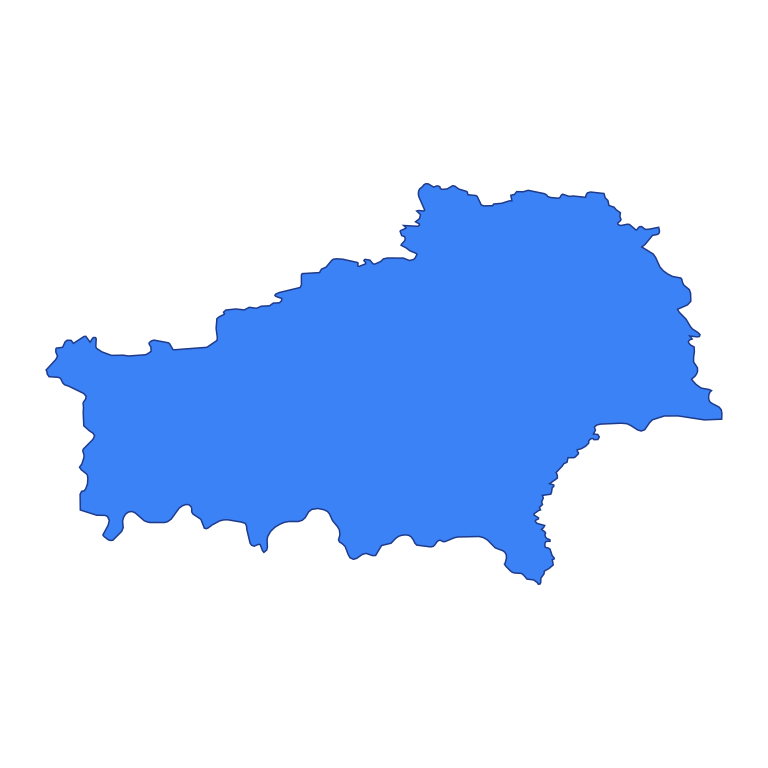 the border of Gomel
{"feature_id": "BLR-2339", "entity_name": "Gomel", "entity_type": "Region", "adm_level": 1, "iso_a3": "BLR", "parent_name": "Belarus", "parent_adm1": "", "projection": "equal_earth", "projection_center": [29.578, 52.294], "detail": "fine", "context": "isolated", "style": "filled", "palette": "blue", "viewbox_px": 768, "rotation_deg": 0, "n_neighbors": 0, "source": "natural_earth", "source_scale": "10m", "svg_char_len": 6060}
<svg xmlns="http://www.w3.org/2000/svg" viewBox="0 0 768 768"><path d="M704.4,419.9L678.0,415.9L664.2,416.0L652.4,419.8L649.4,422.9L644.7,429.8L641.2,431.0L637.6,429.9L630.6,425.4L626.9,423.7L621.1,423.2L600.5,424.1L596.8,425.0L594.4,427.0L595.4,430.3L593.4,434.0L597.8,434.5L599.3,437.0L597.9,439.5L594.0,439.7L593.0,438.6L591.3,438.6L588.9,440.5L588.6,443.3L585.5,446.3L581.5,448.6L577.2,449.8L577.5,451.7L578.4,452.5L578.4,453.8L575.0,457.2L573.7,457.7L568.0,457.7L567.0,462.3L563.9,463.6L562.2,466.1L556.1,472.6L557.3,475.2L557.4,478.1L549.6,483.7L553.8,485.0L553.8,486.4L552.2,487.8L551.5,492.4L550.7,494.2L542.4,495.4L543.3,498.0L541.6,502.0L542.5,504.6L539.4,507.3L540.5,509.9L538.5,510.6L534.2,513.7L534.2,515.2L538.5,517.8L538.5,518.9L535.4,520.4L535.4,521.6L537.1,523.4L544.7,525.5L543.6,527.6L541.5,529.4L544.9,531.8L545.6,533.2L544.8,534.7L545.5,537.0L546.8,538.5L550.0,539.8L550.0,541.3L546.2,541.4L545.1,542.8L544.8,545.2L545.4,547.4L548.2,548.0L550.0,549.1L552.2,555.7L554.1,557.9L554.2,558.9L552.3,559.6L553.2,565.0L549.0,568.5L544.4,571.1L544.0,573.9L540.9,578.1L540.7,582.7L540.0,584.0L538.4,584.3L537.2,582.5L533.6,579.9L527.0,579.1L523.6,575.1L521.4,573.4L514.7,573.0L512.3,572.3L510.3,570.8L505.7,566.1L504.5,564.1L504.9,563.9L506.4,558.4L506.3,554.9L504.9,552.3L503.0,550.8L495.3,547.9L487.5,540.0L483.2,537.5L478.9,536.5L457.7,537.0L454.2,537.8L445.1,541.6L443.2,541.7L440.7,540.4L439.2,540.3L437.3,541.4L434.7,545.0L433.2,546.4L430.5,546.9L416.7,545.1L414.8,543.0L413.5,540.1L411.0,536.7L408.4,535.2L405.1,534.9L401.6,535.3L398.6,536.3L395.5,538.5L391.1,543.2L381.6,545.5L375.6,555.5L372.6,555.6L366.0,553.4L362.5,554.3L356.6,558.4L353.4,559.3L350.0,557.7L348.1,554.3L345.1,546.4L342.0,543.5L339.5,542.0L338.5,539.9L339.9,534.9L339.4,529.9L337.6,526.8L332.6,520.7L329.4,513.8L327.5,511.5L323.9,509.7L317.8,508.5L311.8,509.4L308.7,511.8L305.1,517.8L302.2,520.3L298.3,521.5L288.9,521.5L284.5,522.3L279.7,524.3L274.8,527.3L270.6,531.4L267.6,536.7L267.1,539.9L267.4,547.2L266.7,550.0L263.9,552.4L262.4,550.5L260.2,544.5L258.3,544.4L254.1,546.2L251.6,545.2L250.1,543.2L246.9,529.8L246.5,525.9L245.2,523.3L241.3,522.1L227.8,519.8L223.7,519.9L219.7,520.9L212.2,524.9L208.2,527.9L206.3,528.7L204.3,528.1L200.9,519.3L193.0,514.1L191.7,511.9L191.7,508.6L191.1,506.7L188.9,504.7L185.8,504.5L182.4,505.8L179.2,508.1L171.2,519.1L167.5,521.7L164.6,522.5L149.8,522.5L147.1,521.9L144.2,520.7L135.2,512.9L132.0,511.5L128.5,512.0L125.6,514.1L123.6,517.3L122.6,521.1L123.2,527.7L121.6,531.5L112.9,540.2L110.5,540.5L108.3,539.8L103.9,536.4L102.9,534.9L108.1,525.3L109.3,520.5L107.5,516.5L105.1,515.4L96.6,515.2L80.3,510.0L80.1,494.3L81.6,491.3L84.2,490.8L85.8,488.6L87.5,483.7L87.8,478.1L87.4,475.2L86.7,474.1L81.2,469.7L79.5,467.2L81.9,463.9L84.0,457.2L84.0,455.0L82.8,451.0L83.2,449.2L92.2,440.1L93.5,438.4L94.5,435.5L93.1,433.3L89.4,430.8L83.8,425.8L83.2,412.6L83.5,407.6L83.1,403.5L83.5,402.0L85.5,399.3L86.2,396.3L83.6,393.4L68.8,386.2L64.7,384.8L62.9,383.1L60.7,378.7L59.6,377.8L58.0,377.3L49.1,376.7L47.2,374.0L46.9,371.4L46.1,370.0L55.8,359.5L57.5,356.3L55.8,351.9L55.9,348.8L56.5,348.1L62.6,347.3L65.2,341.7L67.3,340.2L71.2,340.4L73.4,343.4L83.8,336.6L85.1,336.3L85.9,336.4L90.1,342.2L92.6,338.1L93.6,337.5L95.5,337.6L96.2,338.7L95.8,346.7L96.6,348.4L102.0,351.9L111.5,355.4L123.4,355.2L128.3,356.0L145.0,354.8L146.9,354.2L151.1,351.4L150.9,347.1L149.0,343.8L149.2,342.7L151.6,340.8L154.0,340.1L168.4,342.8L169.6,343.7L172.9,349.4L174.1,349.8L206.9,347.3L217.0,340.4L217.3,337.6L216.1,328.3L216.9,318.7L219.2,316.8L223.9,314.5L224.4,313.8L223.5,312.2L225.9,310.0L235.8,309.0L244.3,309.9L249.3,307.3L256.5,308.3L261.3,306.2L269.6,305.8L273.2,303.1L279.5,302.8L281.7,300.5L281.7,298.5L275.9,296.4L274.9,295.4L275.6,294.2L279.0,292.6L300.1,287.5L301.4,284.9L301.4,274.9L302.2,273.6L319.5,272.6L321.4,269.2L326.1,267.1L331.6,260.5L333.3,259.2L336.6,258.8L342.8,259.2L357.5,262.5L358.1,263.2L357.7,265.9L359.0,266.4L365.5,263.9L365.7,262.5L363.9,260.7L364.5,259.6L365.4,259.4L369.9,260.1L373.0,263.8L374.8,264.1L380.5,261.6L383.4,258.9L387.4,258.0L403.4,258.1L409.4,260.5L413.5,259.5L415.0,258.2L417.0,254.3L416.1,253.4L409.9,250.8L406.0,247.8L401.1,245.3L401.4,244.3L404.8,240.6L405.2,238.5L404.5,236.6L401.7,235.6L400.1,231.3L400.6,230.6L405.9,228.2L406.0,227.6L403.7,225.5L418.0,226.3L419.3,225.1L419.5,224.0L415.5,221.8L419.5,218.6L420.5,214.7L416.7,211.0L418.7,210.5L423.4,211.0L424.5,210.5L424.6,209.9L418.8,196.6L418.3,193.8L418.7,190.7L419.8,188.7L422.1,187.0L423.9,184.8L425.8,183.7L428.3,183.9L433.7,187.1L436.8,185.9L438.7,186.1L440.0,187.0L440.3,188.5L442.1,189.4L447.2,188.9L452.7,185.7L454.8,186.1L458.7,189.0L466.3,191.3L467.3,192.0L467.9,194.7L475.7,195.5L477.2,196.4L481.3,205.0L483.8,205.9L492.5,205.7L493.7,204.0L501.6,203.3L509.2,200.9L511.9,200.8L510.8,195.3L514.5,194.4L516.7,191.6L523.1,191.8L528.1,190.3L544.2,193.6L546.6,194.9L547.7,196.5L550.7,197.5L558.4,198.2L559.9,197.6L561.4,195.0L562.7,194.2L569.2,196.4L573.1,196.0L585.5,197.3L586.2,194.7L587.4,192.9L590.5,192.0L604.0,193.5L605.2,197.8L607.9,200.5L609.0,205.5L614.1,207.2L616.0,209.6L620.4,212.8L619.9,216.4L621.0,219.5L620.4,220.7L617.8,223.0L617.9,224.1L618.9,225.0L621.0,225.5L627.4,224.2L629.5,224.5L636.0,230.0L636.7,230.0L638.6,227.4L639.9,226.6L641.7,226.6L645.2,229.4L649.0,229.2L658.7,227.3L659.5,231.2L659.1,233.1L657.7,234.4L652.5,235.4L645.1,244.4L641.8,247.0L653.2,254.0L655.7,257.6L659.9,266.9L663.2,270.7L667.7,274.0L672.7,276.5L680.8,278.0L681.9,279.5L682.3,281.9L683.7,285.0L689.3,289.6L690.6,293.3L690.8,301.3L687.5,304.9L677.5,309.3L679.2,312.2L686.0,319.1L690.5,326.7L692.5,329.0L698.0,332.6L700.0,334.6L699.4,336.5L697.4,336.9L689.7,336.0L692.2,339.0L689.6,339.9L688.4,341.4L688.8,343.2L690.7,345.1L694.1,346.9L694.4,351.6L693.6,357.2L693.6,362.0L697.4,367.7L697.6,371.1L696.7,373.7L695.2,376.0L691.5,379.3L696.0,384.4L701.2,388.1L709.1,389.5L711.5,390.6L709.9,392.2L708.9,394.6L708.6,397.4L709.0,400.0L710.1,402.0L711.5,403.1L719.2,407.2L721.3,409.9L721.9,413.6L721.7,419.2L704.4,419.9Z" fill="#3b82f6" stroke="#1e3a8a" stroke-width="1.5"/></svg>